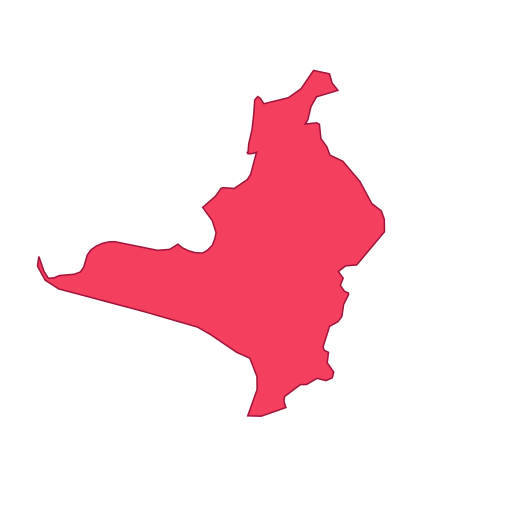 map outline of East Riding of Yorkshire (orthographic projection), rotated 139°
{"feature_id": "GBR-2124", "entity_name": "East Riding of Yorkshire", "entity_type": "Unitary Authority", "adm_level": 1, "iso_a3": "GBR", "parent_name": "United Kingdom", "parent_adm1": "", "projection": "orthographic", "projection_center": [-0.492, 53.866], "detail": "fine", "context": "isolated", "style": "filled", "palette": "rose", "viewbox_px": 512, "rotation_deg": 139, "n_neighbors": 0, "source": "natural_earth", "source_scale": "10m", "svg_char_len": 1535}
<svg xmlns="http://www.w3.org/2000/svg" viewBox="0 0 512 512"><g transform="rotate(139 256 256)"><path d="M332.8,122.0L357.2,131.7L367.1,140.8L342.9,154.4L334.4,164.3L327.7,182.9L333.8,196.0L341.9,226.6L346.8,240.7L376.4,286.6L426.5,360.6L431.0,376.0L427.7,391.3L426.2,393.0L420.2,398.0L426.1,383.5L427.3,375.5L422.9,372.1L417.1,370.2L405.0,361.4L399.0,359.2L393.5,360.5L382.8,367.4L376.9,368.9L370.1,368.3L363.8,366.4L358.1,363.4L353.2,359.5L326.6,324.9L316.9,317.7L307.1,316.1L306.9,314.5L306.1,310.3L303.3,303.9L299.5,298.1L294.4,293.3L289.1,292.2L281.8,292.8L275.9,296.0L270.9,299.7L265.8,311.4L264.9,322.1L264.3,327.7L247.5,327.7L238.0,330.0L236.1,329.2L229.2,322.4L228.4,321.3L212.4,319.4L206.4,321.2L187.5,334.0L190.0,334.9L192.4,336.3L194.8,338.2L195.0,338.4L195.0,338.5L194.7,339.9L194.0,339.5L188.1,345.3L176.2,353.9L164.6,364.6L154.6,374.6L150.0,375.2L149.3,372.0L150.2,365.8L127.7,354.2L112.4,352.7L90.8,358.3L81.0,345.2L85.1,336.7L85.5,327.3L105.8,336.4L116.3,332.8L127.6,324.7L132.3,323.4L122.9,316.7L121.7,313.8L130.0,302.0L130.9,292.0L134.0,283.5L128.3,270.5L128.5,255.2L128.7,244.0L134.2,219.7L131.8,207.8L132.3,206.5L135.1,199.5L143.1,190.0L185.9,183.2L194.7,189.7L204.0,190.3L204.8,182.0L211.6,178.6L212.4,171.4L210.5,167.4L211.5,166.1L221.7,161.9L230.9,154.0L237.2,152.7L246.7,154.6L265.0,143.4L266.4,140.2L264.5,135.7L272.3,128.7L273.5,117.4L278.4,114.0L285.0,116.1L290.2,123.6L302.1,125.8L306.9,129.8L326.6,131.2L330.2,128.0L332.7,122.4L332.8,122.0Z" fill="#f43f5e" stroke="#9f1239" stroke-width="1.5"/></g></svg>